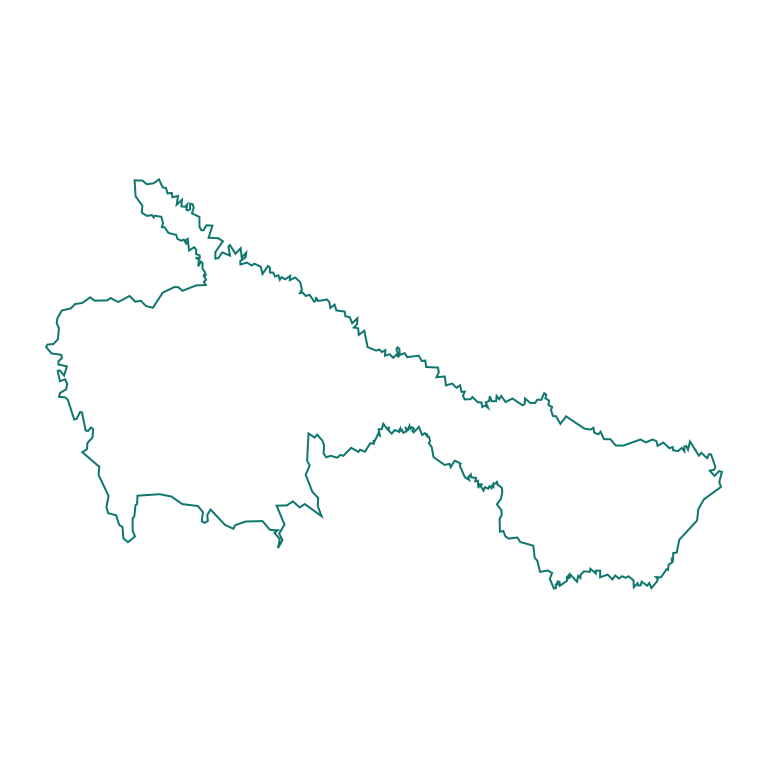 the district of San Luis De Palenque, Casanare, Colombia
{"feature_id": "7082276B9336355262277", "entity_name": "San Luis De Palenque", "entity_type": "district", "adm_level": 2, "iso_a3": "COL", "parent_name": "Colombia", "parent_adm1": "Casanare", "projection": "equal_earth", "projection_center": [-71.555, 5.277], "detail": "fine", "context": "isolated", "style": "outline", "palette": "teal", "viewbox_px": 768, "rotation_deg": 0, "n_neighbors": 0, "source": "geoboundaries", "source_scale": "gbopen_adm2", "svg_char_len": 6082}
<svg xmlns="http://www.w3.org/2000/svg" viewBox="0 0 768 768"><path d="M59.0,328.2L57.8,339.4L53.4,344.0L47.5,344.6L46.1,347.0L51.5,353.4L61.2,354.8L62.0,358.0L58.6,361.1L58.4,364.4L66.9,366.4L64.1,375.5L59.8,370.4L57.7,370.9L59.9,381.2L65.2,379.3L67.2,384.0L66.2,389.2L60.1,393.0L59.0,396.8L65.4,397.4L67.9,400.0L74.2,419.5L76.8,418.7L80.1,412.0L82.0,412.4L85.6,430.5L88.1,430.9L91.1,427.5L93.2,429.4L92.4,437.6L87.5,442.9L86.9,449.3L82.3,452.2L99.3,466.8L98.6,474.9L108.6,496.0L106.4,507.1L108.2,513.2L116.1,515.3L119.2,524.9L122.5,527.1L123.4,538.4L127.9,542.2L135.0,536.4L132.7,530.8L132.6,518.2L134.3,516.6L135.5,505.1L137.1,504.1L137.5,495.7L159.6,494.2L171.4,496.5L182.3,504.1L197.9,506.0L202.9,512.1L201.8,521.3L204.4,522.9L207.8,521.1L207.3,514.9L210.6,509.6L225.0,524.9L233.4,528.8L235.3,525.1L245.7,521.5L262.5,521.1L270.0,529.9L277.7,530.3L274.5,532.7L279.8,539.2L277.9,548.2L282.5,540.1L279.2,533.5L284.5,524.6L276.6,505.7L286.8,505.4L292.9,501.4L299.7,507.4L304.8,504.1L321.6,516.2L317.7,506.0L318.2,497.9L312.4,491.9L305.7,474.8L309.7,465.4L307.1,460.8L308.5,433.5L314.6,437.5L317.2,434.6L322.5,440.8L324.1,445.6L323.6,453.5L326.2,457.3L330.7,455.8L337.1,457.7L340.5,454.9L343.4,455.8L351.1,447.8L358.5,451.9L360.0,449.7L365.0,451.7L370.3,443.2L373.7,443.8L373.6,440.0L374.1,442.2L378.2,433.8L379.8,435.3L378.6,429.3L381.7,429.2L383.3,423.8L387.4,429.3L389.3,426.9L388.4,430.2L391.7,433.6L394.8,430.0L398.4,431.6L400.0,428.9L400.0,431.3L401.8,429.6L403.3,432.8L406.6,431.3L406.0,428.1L408.1,429.7L409.5,425.7L410.5,428.9L412.0,427.2L413.9,428.6L412.4,431.0L413.7,432.4L418.9,426.9L422.1,435.0L424.7,433.1L426.4,435.1L426.8,433.3L427.4,436.7L428.9,436.6L430.1,440.9L428.9,443.2L431.7,447.0L433.5,457.0L444.5,464.9L449.7,463.9L450.7,467.2L454.7,460.6L460.6,463.5L459.7,465.5L464.8,477.2L469.2,480.0L468.2,477.0L470.8,474.5L471.0,477.2L476.0,478.0L475.3,481.3L477.9,480.7L478.4,488.2L479.3,484.1L481.7,484.4L480.6,486.0L483.5,490.6L484.9,487.1L488.2,488.7L489.5,486.2L491.6,488.2L492.1,485.7L493.5,486.8L493.5,483.3L496.5,483.7L496.8,480.9L497.7,484.8L501.8,487.6L502.3,492.3L500.8,499.0L496.9,504.3L501.4,510.2L501.7,515.1L499.6,518.7L499.9,531.7L503.3,531.0L505.5,536.6L508.9,538.6L517.4,537.5L520.2,542.0L533.3,545.7L534.7,557.8L537.2,560.6L540.1,571.9L547.8,570.5L552.1,573.0L549.8,578.8L553.9,588.6L556.0,588.0L555.7,584.7L558.5,584.4L557.0,583.4L557.8,581.4L559.5,581.9L559.8,585.8L566.9,580.9L566.9,577.4L568.6,575.3L568.7,578.1L569.8,577.6L570.1,574.3L577.0,581.7L578.2,576.0L580.4,577.9L580.4,575.0L583.9,571.4L589.8,571.8L590.4,568.8L595.8,573.5L595.9,570.7L600.2,570.7L600.1,577.3L607.7,574.6L612.4,579.4L615.2,575.5L619.0,578.5L622.1,576.2L625.5,577.8L628.5,576.3L633.5,580.3L633.8,587.3L637.5,583.2L638.3,585.6L640.7,585.3L641.6,581.6L647.2,585.7L649.2,583.0L651.4,588.1L657.0,581.4L657.8,579.0L656.0,577.2L661.0,577.3L666.5,569.3L668.0,569.9L668.7,564.6L672.0,562.5L671.8,559.3L672.9,560.4L673.3,553.0L676.7,552.6L679.3,539.7L697.1,520.5L698.3,509.3L703.9,499.3L720.9,487.0L719.3,481.9L721.9,471.9L719.1,471.1L714.5,475.9L709.8,470.7L714.0,469.7L715.4,467.1L711.1,454.5L709.0,454.2L707.1,458.2L701.3,452.8L698.9,455.7L690.0,441.5L688.0,449.7L686.3,446.1L684.4,446.5L684.4,451.2L681.7,447.9L678.1,451.1L673.2,450.3L672.7,447.0L669.4,448.2L663.3,442.6L657.6,445.8L656.4,441.2L652.6,439.5L645.9,442.4L640.4,439.5L623.2,445.6L615.7,445.5L610.4,439.2L604.0,439.2L600.6,431.7L598.4,434.3L594.3,432.7L593.4,427.7L590.7,429.6L584.4,428.6L566.1,416.4L560.4,423.8L556.0,416.3L552.9,415.9L551.0,410.1L552.1,406.9L548.5,405.1L549.0,400.5L545.3,398.3L546.3,394.8L544.2,393.2L541.4,399.9L537.4,399.6L535.1,403.0L530.5,403.1L525.0,398.5L524.7,404.0L522.5,405.3L512.5,398.5L505.6,402.0L501.2,396.0L499.2,399.3L496.6,395.9L496.1,401.2L491.8,401.2L489.7,396.3L489.3,400.9L485.8,402.5L488.1,407.8L485.0,405.5L482.3,407.0L481.4,402.4L477.8,402.3L472.4,397.0L470.5,399.2L464.6,399.4L463.0,395.7L464.8,391.6L461.5,391.9L460.1,385.3L456.5,387.8L452.3,383.6L445.9,385.4L444.9,376.5L436.5,377.2L438.8,372.4L438.0,367.6L426.2,367.0L425.2,360.5L421.8,361.0L418.7,355.7L407.2,357.1L404.6,353.1L399.7,355.0L399.4,348.9L397.7,347.4L396.4,349.0L398.8,357.3L396.4,354.7L393.1,357.8L389.7,354.2L385.0,355.7L385.3,350.1L381.9,352.1L379.3,349.5L376.1,350.6L367.6,347.1L364.3,330.7L358.8,334.8L358.2,328.3L353.9,327.5L357.1,324.1L357.4,318.2L352.2,323.3L349.8,317.2L345.4,316.3L344.7,311.6L336.4,310.4L334.6,304.6L330.3,307.9L329.3,301.9L326.9,299.5L318.2,301.0L315.7,297.1L316.0,300.2L314.2,301.7L309.7,294.9L305.7,295.9L302.5,292.5L300.0,293.1L302.0,289.2L300.1,282.0L295.1,277.5L289.8,280.2L290.2,275.9L285.2,279.3L281.5,277.2L279.8,279.8L278.4,275.3L275.0,276.5L273.1,272.5L270.0,272.6L269.8,267.5L268.0,266.0L262.5,274.0L260.8,266.7L254.4,263.7L251.7,265.5L247.0,262.6L240.5,264.5L240.2,261.2L245.6,257.2L246.2,252.7L241.7,257.5L240.7,248.2L235.5,253.8L230.0,245.1L228.4,246.4L230.0,255.6L222.2,252.4L218.4,258.1L215.3,258.6L215.4,252.0L222.9,241.3L218.2,238.2L208.6,237.8L212.4,225.6L206.4,225.3L203.4,230.4L201.3,230.2L199.5,227.0L199.4,216.9L192.0,213.4L193.7,207.6L192.7,204.3L190.0,203.7L190.2,209.3L187.6,210.4L186.3,209.5L187.1,204.5L185.1,206.8L181.4,206.4L182.0,199.8L176.7,204.7L178.0,196.0L172.3,197.2L171.8,192.9L167.5,193.4L166.0,188.0L162.7,187.4L159.0,179.4L153.5,183.3L146.8,184.3L142.4,180.5L134.6,180.4L135.6,196.3L142.4,205.8L141.8,212.7L146.9,215.9L151.9,215.1L153.7,217.5L154.7,215.7L161.3,216.8L163.0,223.1L161.9,227.1L164.6,227.3L168.5,233.0L176.1,234.8L177.4,238.8L181.1,240.7L183.8,239.6L186.7,244.5L185.5,240.5L187.7,238.8L189.1,250.5L194.2,247.2L196.3,250.2L196.0,254.1L199.6,255.4L199.8,257.8L195.6,257.9L198.9,259.4L198.2,266.3L201.0,261.5L202.5,263.0L202.5,268.6L205.2,272.5L203.9,275.5L205.4,275.2L204.4,276.7L206.0,279.8L203.9,281.9L205.7,285.1L196.2,285.4L182.4,290.8L178.4,287.2L174.3,287.1L162.7,292.7L152.9,307.8L145.9,306.0L140.9,300.8L135.3,301.7L129.6,296.0L118.2,302.0L110.6,298.1L107.2,300.4L94.6,300.7L90.2,297.3L82.4,302.9L75.0,304.1L70.9,308.4L61.8,310.5L57.3,318.5L56.7,323.2L59.0,328.2Z" fill="none" stroke="#0f766e" stroke-width="2"/></svg>